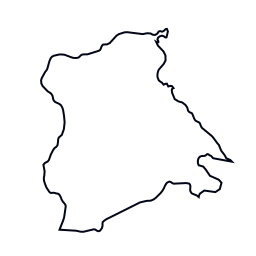 the border of Skåne, rotated 167°
{"feature_id": "SWE-3429", "entity_name": "Skåne", "entity_type": "County", "adm_level": 1, "iso_a3": "SWE", "parent_name": "Sweden", "parent_adm1": "", "projection": "mercator", "projection_center": [13.454, 55.942], "detail": "fine", "context": "isolated", "style": "outline", "palette": "ink", "viewbox_px": 256, "rotation_deg": 167, "n_neighbors": 0, "source": "natural_earth", "source_scale": "10m", "svg_char_len": 2886}
<svg xmlns="http://www.w3.org/2000/svg" viewBox="0 0 256 256"><g transform="rotate(167 128 128)"><path d="M218.7,111.2L217.0,112.5L216.2,112.8L213.8,113.4L212.2,114.7L209.3,119.3L206.0,123.3L204.0,125.0L202.3,125.7L200.6,127.0L199.4,130.0L198.5,132.9L197.5,134.3L194.0,136.2L190.8,141.2L188.5,147.7L187.6,154.1L187.2,160.1L187.4,162.6L188.2,165.3L189.7,167.1L193.1,169.7L194.2,171.6L194.4,173.3L194.3,175.0L194.4,176.7L195.1,178.6L196.0,179.8L198.0,181.8L201.6,187.8L202.4,190.6L202.0,194.0L200.8,196.0L196.0,201.4L194.5,202.5L193.4,203.7L189.4,211.0L187.7,213.3L186.1,214.5L184.1,215.1L178.4,215.1L175.8,214.5L173.3,213.6L166.3,209.0L164.0,208.1L161.2,207.7L159.9,208.0L157.6,209.4L156.3,209.8L155.1,209.8L150.9,208.9L139.2,209.8L137.7,210.3L136.7,211.4L135.8,212.8L134.7,214.2L133.4,214.9L129.6,214.2L126.6,214.9L118.5,220.5L115.9,221.5L109.9,222.0L107.1,221.5L92.6,216.2L87.8,216.0L86.1,215.4L85.1,215.2L84.6,214.9L83.2,213.6L82.4,213.1L80.6,212.6L78.8,213.1L77.8,213.7L76.5,215.0L75.5,215.2L74.6,215.1L73.4,214.3L72.5,214.2L70.8,214.8L69.1,215.9L67.8,215.8L67.4,213.1L70.1,207.7L70.7,207.7L71.2,207.8L71.7,208.3L72.5,209.4L74.1,210.3L76.3,210.2L78.3,209.3L79.4,207.7L78.9,205.7L79.2,204.7L80.1,204.7L81.2,205.7L80.3,201.5L76.2,194.6L75.2,190.3L76.2,185.4L78.8,182.4L84.8,178.0L85.8,176.7L86.8,174.8L87.5,172.7L87.8,170.6L87.3,167.5L86.0,165.8L84.8,164.7L83.5,162.2L81.8,162.6L80.2,162.5L79.4,159.4L77.3,159.5L75.7,158.9L74.7,156.6L75.8,156.4L76.5,155.8L76.9,154.5L77.1,152.5L76.0,145.7L72.9,142.6L69.4,140.7L66.8,137.5L65.8,135.0L65.6,133.8L65.6,131.5L65.3,130.8L64.8,129.9L64.1,129.2L63.5,128.9L62.3,127.8L61.8,125.2L61.4,122.3L60.7,120.2L59.2,118.7L57.8,117.8L56.9,116.4L56.5,113.3L56.0,111.6L48.2,101.4L47.5,100.3L44.2,92.7L43.3,91.2L42.5,86.2L42.2,84.7L40.0,80.0L39.0,76.4L35.5,73.8L34.3,71.8L51.4,79.2L52.1,79.7L53.2,82.0L53.8,82.5L54.5,82.9L55.8,84.4L56.5,84.7L57.3,84.5L58.5,83.8L59.2,83.6L62.9,84.1L64.6,83.8L66.2,82.5L67.3,80.4L67.8,77.9L67.5,75.8L63.4,73.5L61.6,70.0L58.9,63.0L51.2,57.2L49.2,53.6L52.3,47.8L57.3,45.9L67.8,49.9L72.8,47.8L74.1,46.0L74.6,44.8L76.3,46.9L80.3,49.7L80.8,50.4L81.1,51.2L81.4,52.3L81.4,53.3L81.2,54.4L80.7,55.8L80.3,57.3L80.3,58.6L80.6,59.6L81.1,60.2L83.9,61.3L96.1,63.5L97.3,64.4L98.2,65.5L99.3,66.3L100.7,66.4L102.7,65.7L105.0,63.4L106.5,61.3L108.4,59.3L110.5,57.5L116.8,53.6L119.3,52.6L122.1,52.1L126.4,52.8L133.0,52.8L169.6,44.0L172.3,42.9L173.9,41.9L174.3,40.8L174.7,38.8L175.1,37.9L175.7,36.7L177.0,35.3L178.5,34.2L179.7,34.0L181.0,34.6L183.0,36.6L184.4,37.0L194.6,36.9L197.2,37.5L201.7,39.6L217.6,44.3L211.7,52.9L210.3,55.4L206.5,65.1L206.2,66.5L206.4,67.7L208.2,71.3L208.8,73.4L209.1,75.8L209.7,78.0L210.6,79.5L213.1,80.6L214.0,81.2L214.7,81.5L216.0,81.8L217.0,81.9L217.8,82.1L218.4,82.6L219.1,83.6L220.8,88.2L221.4,91.8L221.7,95.4L221.3,98.1L220.1,100.9L219.0,104.6L218.7,111.2Z" fill="none" stroke="#020617" stroke-width="2"/></g></svg>